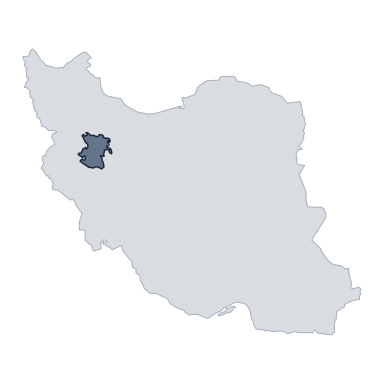 Hamadan on a map of Iran (orthographic projection)
{"feature_id": "IRN-3233", "entity_name": "Hamadan", "entity_type": "Province", "adm_level": 1, "iso_a3": "IRN", "parent_name": "Iran", "parent_adm1": "", "projection": "orthographic", "projection_center": [48.6, 34.872], "detail": "fine", "context": "in_parent", "style": "filled", "palette": "slate", "viewbox_px": 384, "rotation_deg": 0, "n_neighbors": 0, "source": "natural_earth", "source_scale": "10m", "svg_char_len": 5264}
<svg xmlns="http://www.w3.org/2000/svg" viewBox="0 0 384 384"><path d="M182.0,97.7L186.5,97.7L194.6,94.4L195.3,93.7L197.4,87.9L200.1,85.2L204.8,81.8L207.8,80.6L219.0,80.2L219.6,77.8L221.4,76.5L233.4,76.2L235.4,77.8L236.5,80.9L246.8,82.9L248.9,83.7L251.6,85.9L253.7,86.3L256.2,84.9L257.8,85.5L260.4,84.6L268.6,87.3L270.0,90.8L271.6,92.3L273.5,93.6L280.1,95.7L282.1,97.1L287.4,103.2L299.9,101.5L300.9,102.9L301.1,105.7L302.8,112.4L302.2,115.0L304.1,117.0L304.4,121.3L305.4,124.2L304.5,128.5L303.1,129.5L304.4,133.0L303.5,136.6L303.9,138.0L302.2,141.2L302.2,142.3L298.9,145.6L302.1,149.3L298.0,150.0L295.9,154.7L297.2,159.7L296.8,162.5L297.4,163.9L298.6,164.8L304.3,165.1L304.5,165.8L299.4,174.0L300.0,176.9L306.0,191.5L306.1,199.2L307.6,206.9L322.2,207.3L324.0,209.1L325.6,213.3L325.9,216.5L325.6,218.2L311.6,240.1L320.9,248.9L321.5,251.0L327.5,260.0L332.8,264.3L341.2,265.9L345.3,269.0L348.7,268.3L348.9,273.2L351.4,283.2L350.9,288.1L353.9,288.6L358.2,287.3L359.9,287.9L361.0,289.5L360.0,290.6L360.6,294.6L359.5,295.6L359.5,299.4L352.9,300.5L346.9,303.1L344.8,304.8L343.8,307.7L341.7,307.7L341.2,308.8L336.9,311.3L336.2,319.2L334.7,321.3L334.4,332.5L333.5,332.7L331.5,334.9L317.6,333.0L315.9,330.5L314.5,330.2L312.7,333.0L305.8,332.3L303.5,333.0L302.0,332.4L298.3,332.8L295.3,331.5L287.9,333.6L283.2,331.3L278.3,331.0L272.3,331.7L267.3,330.1L264.8,331.1L263.5,329.8L256.2,329.1L253.5,324.3L253.2,321.9L251.2,317.7L250.2,311.5L248.2,307.1L244.9,303.6L236.5,302.0L232.3,303.5L229.2,305.9L224.0,307.5L220.2,312.0L217.8,311.8L208.3,318.2L206.2,318.2L198.8,314.8L195.5,314.3L188.9,314.8L185.2,312.4L184.2,310.6L175.4,307.0L170.0,303.5L168.3,300.1L165.9,297.7L160.7,295.8L157.7,293.8L149.7,293.2L143.9,287.9L143.8,286.1L140.4,280.3L139.8,275.9L139.0,274.8L136.2,273.1L135.8,271.9L136.3,269.1L132.7,267.5L132.1,266.2L132.1,261.9L123.4,251.8L121.6,246.2L120.0,246.0L112.5,249.8L110.2,247.7L103.6,244.2L102.6,242.8L104.3,242.1L106.0,242.7L107.0,242.0L106.5,240.8L104.9,240.0L102.6,240.1L103.2,241.2L101.1,242.3L100.7,243.7L101.2,248.0L100.3,249.2L96.8,249.9L94.6,251.2L92.6,249.7L92.0,246.6L90.7,244.6L88.9,243.9L87.5,241.9L85.2,240.9L85.1,230.2L79.3,229.9L79.4,221.7L82.1,213.7L76.6,206.3L74.2,200.7L72.8,199.7L69.9,199.8L60.5,192.1L57.3,190.1L52.7,189.4L52.2,186.7L53.4,183.8L51.4,180.0L50.7,178.8L48.9,178.3L49.1,175.9L46.7,176.0L42.3,169.2L41.1,168.3L43.7,163.3L42.0,159.2L43.2,155.8L45.5,156.0L46.3,151.5L50.5,146.9L54.2,144.9L54.5,143.5L53.9,140.9L51.7,137.7L52.1,135.0L52.8,133.7L56.6,132.3L56.8,131.7L55.1,130.7L48.6,130.5L45.1,127.2L41.8,126.3L40.1,119.3L39.5,118.4L38.0,118.1L37.1,116.8L36.7,112.2L34.5,110.0L32.9,103.1L32.8,101.4L33.5,99.9L30.0,96.8L29.7,92.2L30.5,91.2L26.6,87.7L24.7,87.5L24.6,86.9L27.6,79.9L28.8,78.3L26.4,77.2L26.6,73.7L26.1,70.7L26.4,67.9L24.9,65.9L24.6,64.6L25.3,61.6L23.8,60.0L23.0,56.7L28.9,56.1L30.2,51.1L32.3,49.1L35.8,51.7L40.6,59.9L43.6,62.4L45.8,65.2L56.7,68.3L59.1,67.5L62.9,67.7L67.7,62.8L69.9,62.2L75.5,57.3L82.5,52.8L86.0,52.1L91.1,57.9L88.1,59.7L87.6,61.1L88.0,62.6L90.3,64.0L90.6,65.7L89.8,66.5L86.7,67.4L85.9,69.0L89.2,71.7L90.8,74.0L92.6,74.5L95.4,78.1L99.8,77.6L100.8,86.2L103.3,93.3L108.1,96.3L120.4,98.5L121.8,99.9L123.9,103.7L127.2,106.4L136.9,111.8L147.5,114.1L154.6,113.7L180.1,106.3L182.5,106.2L178.7,107.9L180.2,108.6L183.5,108.4L184.3,107.7L184.3,106.7L182.0,97.7ZM233.8,307.9L232.3,310.5L229.9,312.7L227.9,312.3L220.4,315.8L218.3,315.7L217.9,314.8L226.3,310.7L226.6,309.8L226.0,308.0L228.8,308.5L231.7,306.8L234.2,306.2L235.5,307.2L233.8,307.9Z" fill="#d9dde1" stroke="#a8b0b8" stroke-width="1"/><path d="M109.6,139.0L109.5,139.5L109.7,140.2L110.1,140.7L110.0,141.5L109.5,142.2L108.9,142.1L108.6,141.6L108.6,141.1L108.5,140.7L108.1,140.7L107.6,141.4L107.9,142.8L108.7,144.0L108.9,145.0L108.1,145.9L107.1,146.2L106.6,146.3L106.3,146.6L106.3,146.9L106.7,147.3L107.5,147.7L109.3,148.1L110.2,148.6L111.0,149.5L111.4,150.5L111.8,152.7L111.4,153.6L110.7,153.5L110.1,153.0L109.4,152.2L109.2,151.3L109.5,150.5L109.1,149.9L107.7,149.7L104.6,149.9L104.2,150.5L104.4,151.7L104.2,152.4L103.7,153.2L103.7,154.6L104.0,156.2L103.6,156.3L102.8,155.9L101.1,155.7L100.5,156.0L100.7,156.5L101.6,156.9L101.9,158.2L102.0,160.3L103.2,162.7L103.5,163.8L103.6,164.9L103.9,166.3L103.9,166.7L103.6,167.2L101.8,168.8L97.2,166.8L96.1,166.9L95.2,166.9L94.7,167.0L93.8,167.9L93.3,168.0L92.7,167.8L88.9,167.3L81.7,162.5L81.3,162.0L80.6,161.5L80.2,161.3L80.5,160.7L81.1,159.8L82.8,159.7L84.7,160.1L85.2,159.7L85.2,158.7L85.4,157.4L85.2,156.5L84.9,156.0L84.5,156.1L83.7,156.5L82.2,158.0L81.8,157.3L81.6,156.4L81.1,156.2L80.6,156.1L79.3,155.4L78.5,154.7L78.3,153.9L78.6,153.6L79.1,153.3L80.8,153.2L81.6,152.0L82.3,150.5L82.8,149.9L82.9,149.3L82.9,149.0L83.4,148.7L84.5,148.4L85.1,148.1L85.3,147.5L85.6,147.4L86.1,148.8L86.5,149.0L87.0,148.5L87.6,147.5L88.0,146.0L87.5,144.1L86.6,143.2L85.9,142.7L85.1,141.7L83.3,137.7L82.2,135.9L82.4,135.4L83.3,134.5L83.7,134.4L84.5,136.1L85.0,136.2L85.5,136.0L86.0,135.5L87.2,135.1L87.2,134.6L87.0,134.1L86.5,133.5L86.2,132.7L86.8,132.5L89.3,133.9L89.8,134.9L90.6,135.4L94.2,135.5L95.6,136.3L97.0,136.6L98.3,136.2L98.9,135.4L98.9,135.0L99.7,134.7L101.5,134.7L102.9,135.5L103.5,136.3L103.0,137.0L104.2,137.9L106.3,138.3L106.8,138.1L109.1,138.7L109.6,139.0Z" fill="#64748b" stroke="#1e293b" stroke-width="1.5"/></svg>